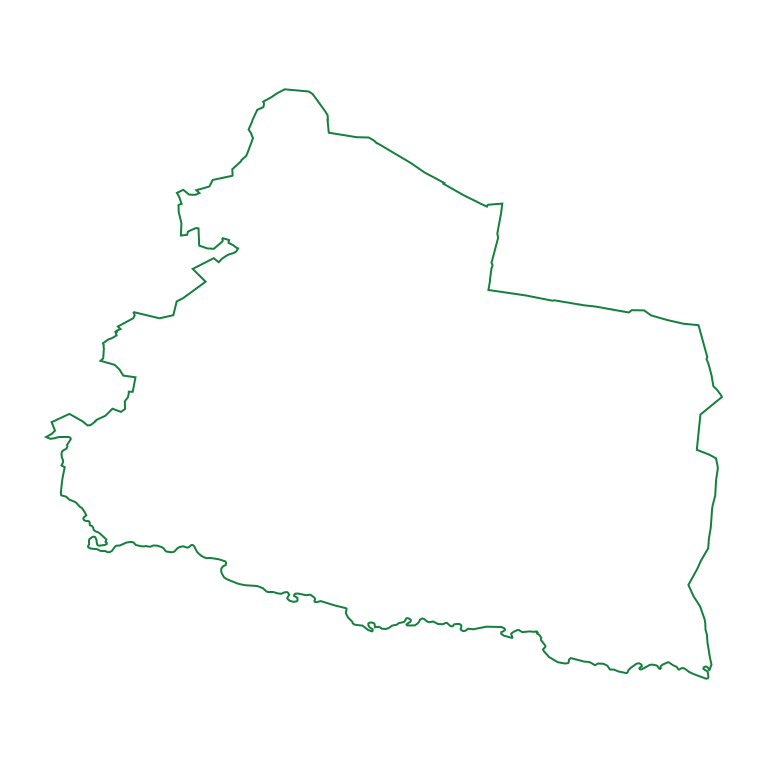 Kantinieku pag., Rezeknes, Latvia (Natural Earth projection)
{"feature_id": "27541924B86344078338923", "entity_name": "Kantinieku pag.", "entity_type": "district", "adm_level": 2, "iso_a3": "LVA", "parent_name": "Latvia", "parent_adm1": "Rezeknes", "projection": "natural_earth1", "projection_center": [27.111, 56.59], "detail": "fine", "context": "isolated", "style": "outline", "palette": "green", "viewbox_px": 768, "rotation_deg": 0, "n_neighbors": 0, "source": "geoboundaries", "source_scale": "gbopen_adm2", "svg_char_len": 6055}
<svg xmlns="http://www.w3.org/2000/svg" viewBox="0 0 768 768"><path d="M284.7,89.3L276.7,93.5L271.7,97.0L263.1,101.7L264.1,103.6L263.4,107.1L257.3,109.8L252.5,119.9L252.1,121.6L248.6,129.5L251.4,133.8L251.7,135.4L253.0,138.1L247.7,152.3L246.2,155.9L241.5,160.0L241.1,161.2L232.3,169.2L232.6,175.5L232.3,175.8L212.8,179.9L209.4,186.5L196.3,190.2L199.4,193.0L195.6,194.7L191.7,194.8L188.8,194.4L183.3,189.8L176.9,192.9L179.2,197.0L181.6,203.9L178.7,204.8L178.5,205.2L178.7,211.9L181.4,223.1L180.9,235.5L187.0,234.9L188.0,231.7L188.5,231.3L196.1,228.0L198.5,228.4L199.2,245.6L207.3,248.4L213.8,248.8L222.5,241.4L222.7,240.4L222.3,238.8L222.8,238.2L229.1,240.1L228.5,242.9L232.9,245.0L236.7,247.9L238.1,248.4L236.2,251.5L233.7,253.0L229.2,254.3L226.2,255.9L222.0,258.7L218.7,262.2L213.7,258.2L192.7,268.9L205.6,281.7L183.2,298.1L176.7,301.4L173.3,315.2L159.5,318.3L134.1,312.2L133.6,312.6L134.7,315.3L133.3,318.2L117.9,326.5L120.5,329.1L117.2,330.4L115.6,331.7L116.7,332.1L115.8,333.3L116.6,335.4L111.9,338.2L108.4,339.4L102.9,343.3L103.8,345.2L103.5,346.5L103.9,348.4L103.2,358.4L100.5,360.8L114.6,364.8L119.3,369.3L123.3,375.6L135.5,377.3L132.7,391.8L128.8,391.7L128.7,393.9L127.8,397.5L124.8,401.2L125.1,408.9L120.9,411.9L112.5,408.7L105.3,415.8L96.8,419.7L95.2,421.1L95.4,421.4L90.5,425.2L87.5,425.4L82.5,421.3L69.4,413.9L51.6,422.2L55.0,430.6L51.8,433.8L46.1,437.0L50.4,438.8L54.2,438.3L58.9,437.0L68.7,437.0L70.3,437.7L70.8,439.1L67.0,445.0L67.4,446.5L66.6,448.5L62.7,450.8L62.1,451.5L61.5,453.8L61.8,457.3L63.2,460.6L62.8,462.8L61.5,465.5L64.7,467.1L62.3,479.4L60.8,492.8L61.2,495.3L66.2,496.7L69.3,499.6L75.2,502.0L76.6,503.1L80.2,507.1L81.8,507.9L84.6,511.9L86.3,515.3L83.8,517.4L83.3,518.5L83.9,520.0L85.3,520.8L88.8,521.2L89.6,522.2L89.9,525.2L91.9,526.0L93.3,527.9L93.7,530.0L95.6,531.4L99.0,532.7L106.4,539.5L105.5,541.8L106.8,542.9L106.7,544.0L104.7,545.0L99.0,545.7L97.8,545.3L97.2,544.5L96.6,541.8L96.6,540.3L95.3,537.2L93.9,536.6L92.5,536.9L89.5,539.0L89.0,540.5L89.1,544.3L88.0,546.1L88.4,547.4L90.9,548.6L97.2,549.2L100.4,550.9L105.5,551.1L107.4,552.1L108.9,552.2L110.4,551.8L112.1,550.7L114.8,546.8L116.4,545.7L119.9,545.5L126.2,542.6L131.0,541.9L133.5,542.4L135.8,545.0L141.4,546.3L144.3,546.4L145.7,546.0L149.9,546.8L153.4,545.5L157.2,545.6L161.7,547.1L163.8,548.5L165.4,550.8L166.6,551.6L171.7,552.3L174.3,551.6L177.4,548.3L179.6,547.0L183.3,546.3L187.3,547.7L189.2,546.9L191.4,545.0L192.9,545.1L194.2,546.3L197.0,551.8L198.2,553.1L201.3,555.8L204.2,557.4L206.8,558.2L210.2,557.9L219.0,559.3L225.3,561.4L226.1,562.7L225.7,565.0L223.3,566.1L221.7,567.9L221.1,569.5L221.2,571.2L221.9,573.6L224.2,577.5L226.9,579.2L237.5,583.5L241.1,584.4L244.9,585.2L257.2,586.0L262.9,588.2L266.5,591.5L267.9,592.0L273.2,592.0L277.8,593.4L281.2,593.8L284.3,592.4L287.0,592.1L288.0,592.7L289.2,594.8L287.3,597.8L287.6,599.0L289.5,600.7L293.2,601.8L296.0,601.5L296.9,601.2L297.5,600.3L297.4,597.9L294.1,595.9L294.2,594.8L295.2,593.7L297.8,593.5L306.0,595.2L309.6,594.7L310.9,595.0L314.5,597.7L315.1,599.4L314.4,600.7L314.8,601.8L316.3,602.2L320.8,601.1L334.3,605.3L346.0,608.2L346.6,609.0L345.8,612.6L346.2,613.9L347.9,617.3L352.5,622.0L352.7,623.3L353.2,623.7L354.4,624.5L356.6,625.0L362.5,625.6L368.1,630.0L371.9,631.4L372.6,630.9L372.6,629.2L369.6,627.4L368.4,625.4L368.3,623.6L369.9,622.5L371.7,622.5L374.0,623.3L374.5,623.9L375.1,627.3L378.6,626.8L380.5,627.6L381.7,628.7L385.9,629.0L389.4,627.7L391.9,625.7L397.0,624.6L398.8,623.1L403.6,622.1L404.5,621.5L406.3,618.4L407.7,618.1L409.8,619.0L410.8,620.0L410.8,620.8L410.5,621.7L406.6,624.2L406.5,624.7L407.4,625.5L414.8,625.4L417.6,623.5L419.0,621.9L420.0,619.7L421.7,618.7L422.7,618.6L423.9,618.8L426.3,620.9L428.1,621.9L429.4,622.2L433.2,621.5L438.1,624.0L443.0,624.2L445.3,623.1L446.9,622.9L450.6,626.2L452.7,626.3L454.0,624.4L457.0,623.9L459.5,624.0L461.2,625.2L461.3,627.6L460.6,628.9L460.8,629.7L463.0,631.1L465.3,630.8L468.1,628.7L473.2,629.3L486.2,626.7L501.5,627.0L504.6,628.5L505.0,629.9L503.1,631.4L501.2,632.2L501.3,633.9L503.7,635.6L511.8,637.9L512.4,637.7L512.4,637.2L511.2,634.2L511.4,633.4L513.7,631.8L517.3,630.1L519.1,630.2L522.3,632.2L529.4,631.4L533.8,631.8L536.7,631.4L537.5,632.3L536.7,632.8L536.8,633.4L539.3,634.9L541.2,637.7L541.0,640.1L545.2,645.5L545.4,646.5L545.0,647.3L543.0,649.4L543.5,650.8L549.3,657.2L557.8,662.2L564.8,663.5L567.6,663.2L568.4,662.9L568.7,662.2L568.9,660.0L569.5,659.1L570.8,658.1L584.3,661.6L588.4,661.9L590.2,662.4L595.0,665.2L598.0,663.5L603.5,663.8L607.5,665.8L609.9,669.5L614.1,669.6L618.5,671.5L626.0,673.0L626.9,672.9L627.7,672.2L628.3,670.4L630.4,668.1L636.7,663.6L639.3,663.3L640.9,664.2L641.7,665.2L641.8,666.5L640.2,667.3L639.5,668.2L639.6,669.0L640.2,669.4L641.9,669.3L649.8,664.9L652.4,664.6L656.3,665.4L657.3,665.9L659.0,668.5L660.2,668.9L660.7,668.4L660.7,666.3L662.4,664.7L667.9,662.3L669.0,662.4L672.8,665.1L676.7,666.9L678.5,669.5L679.4,669.5L681.6,668.2L683.2,668.1L684.7,668.6L688.9,671.8L693.4,674.0L706.1,678.7L707.8,678.3L708.4,676.8L707.7,671.9L707.2,671.2L703.6,669.1L703.4,668.5L703.6,667.5L705.5,666.5L706.8,666.7L708.1,667.9L709.2,670.0L709.6,669.8L711.5,664.5L710.1,658.5L707.5,642.8L706.9,634.7L705.5,629.7L705.3,623.4L704.6,619.3L700.1,606.4L693.5,596.2L688.4,584.9L697.3,568.8L700.8,561.0L708.2,548.2L708.9,538.6L710.8,527.4L712.0,509.9L712.6,505.6L715.2,495.6L716.1,479.9L717.7,469.3L717.8,467.1L716.0,458.3L709.2,454.6L696.8,449.8L700.4,414.6L721.9,397.0L720.8,394.8L716.6,389.3L713.4,386.3L711.5,375.2L708.6,364.3L706.5,358.9L707.3,357.1L698.5,325.2L683.3,323.7L667.2,320.0L651.1,315.4L644.1,310.4L631.7,310.2L628.8,312.5L595.8,306.6L583.3,305.2L554.3,300.3L552.4,300.7L526.1,295.5L488.4,290.0L490.1,280.4L489.9,279.9L491.5,268.4L492.6,265.4L491.5,262.8L498.1,237.9L497.3,233.4L501.0,213.7L502.3,203.6L488.5,204.7L487.6,205.1L486.9,206.6L480.9,203.8L463.4,195.1L443.5,183.8L444.3,183.0L424.4,172.4L410.8,163.0L377.0,143.0L376.6,143.2L374.3,140.7L368.7,137.5L356.6,137.2L328.8,132.7L327.5,119.8L327.9,119.8L327.6,115.2L325.0,111.0L312.6,94.0L308.8,91.5L284.7,89.3Z" fill="none" stroke="#15803d" stroke-width="2"/></svg>